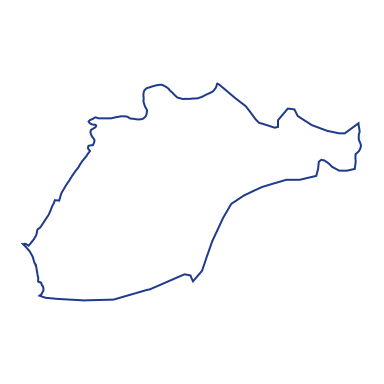 Bani Hushaysh, Sana'a, Yemen (Mercator projection)
{"feature_id": "15242507B83283859623898", "entity_name": "Bani Hushaysh", "entity_type": "district", "adm_level": 2, "iso_a3": "YEM", "parent_name": "Yemen", "parent_adm1": "Sana'a", "projection": "mercator", "projection_center": [44.331, 15.453], "detail": "fine", "context": "isolated", "style": "outline", "palette": "blue", "viewbox_px": 384, "rotation_deg": 0, "n_neighbors": 0, "source": "geoboundaries", "source_scale": "gbopen_adm2", "svg_char_len": 5637}
<svg xmlns="http://www.w3.org/2000/svg" viewBox="0 0 384 384"><path d="M39.5,295.7L45.6,297.8L52.4,298.4L55.9,298.8L71.4,299.7L75.3,299.9L83.6,300.4L113.5,299.6L128.4,295.3L147.3,289.8L149.1,289.6L151.8,288.5L159.7,285.1L166.8,282.0L175.5,278.2L184.5,274.3L190.4,275.4L190.7,276.0L191.5,278.1L193.0,281.3L194.6,279.5L202.1,270.7L203.9,265.3L205.3,261.2L206.6,257.2L207.9,253.6L209.8,248.2L212.3,241.1L218.6,227.6L223.1,217.9L229.0,207.8L231.3,203.8L233.8,202.2L244.1,195.4L246.9,194.1L253.7,190.8L257.3,189.2L262.0,187.0L274.6,183.2L275.1,183.1L286.2,179.8L298.5,179.8L299.6,179.8L304.8,178.6L306.3,178.2L316.3,175.9L317.5,171.1L318.1,168.8L318.8,161.8L321.3,159.8L322.7,160.1L322.9,160.1L324.5,160.5L329.0,163.7L332.2,166.9L335.2,168.5L338.7,170.4L339.2,170.7L346.9,170.7L354.8,168.9L354.8,168.5L355.7,161.7L355.4,157.4L355.6,154.1L357.1,152.8L358.9,151.2L360.4,148.4L361.0,145.4L360.2,142.8L359.2,140.8L358.7,138.5L358.7,137.0L358.9,134.2L359.6,132.1L359.4,129.4L358.6,125.2L358.5,123.3L344.8,133.3L339.0,133.3L327.5,130.9L324.4,129.8L311.8,125.1L304.0,120.1L298.0,116.2L297.7,116.0L294.4,109.4L290.6,108.9L287.8,108.6L278.0,120.2L278.0,123.6L278.0,126.9L274.7,127.7L267.7,125.4L267.3,125.2L265.1,124.6L262.3,123.7L260.4,123.2L259.0,122.8L255.7,119.4L254.3,117.6L251.5,113.7L248.9,110.2L245.7,106.2L244.5,105.2L239.2,101.2L236.1,98.8L235.0,97.9L230.7,94.3L224.0,88.6L219.3,84.7L217.3,83.6L217.0,84.1L216.7,85.1L216.5,86.1L216.1,87.0L215.7,88.0L214.7,89.2L214.1,90.0L213.5,90.9L212.7,91.5L211.5,92.2L210.6,92.6L209.3,93.3L208.4,93.7L206.9,94.3L205.6,94.9L204.4,95.6L203.6,96.0L202.7,96.5L201.7,97.0L200.4,97.4L199.4,97.7L198.4,98.1L197.4,98.4L196.2,98.4L195.2,98.5L194.4,98.5L194.1,98.5L193.0,98.5L192.0,98.6L190.9,98.8L189.9,98.8L188.7,98.9L186.6,98.9L185.6,98.9L184.6,98.9L183.7,99.0L182.5,98.9L181.4,98.7L180.5,98.4L180.3,98.3L179.6,98.1L178.6,98.0L177.7,97.6L177.1,97.3L176.9,97.1L176.4,96.7L176.1,96.4L175.2,95.6L174.4,94.8L173.8,94.2L173.7,94.1L172.9,93.2L172.0,92.3L171.8,92.2L171.2,91.7L170.3,90.8L169.5,90.0L168.8,89.0L168.7,89.0L167.9,88.2L167.0,87.5L166.0,86.8L165.2,86.4L164.3,85.9L163.3,85.4L162.4,85.0L161.5,84.8L160.5,84.8L159.5,84.8L158.2,85.0L157.1,85.2L156.1,85.4L155.0,85.7L154.0,86.0L153.0,86.2L151.6,86.7L150.4,87.0L149.2,87.5L148.3,87.7L147.4,87.9L146.5,88.3L145.7,89.0L145.0,89.8L144.9,89.9L144.4,90.5L143.9,91.5L143.7,92.6L143.5,93.7L143.4,94.7L143.4,95.8L143.6,96.8L143.6,97.9L143.6,98.9L143.6,99.8L143.5,100.8L143.5,101.4L143.5,101.7L143.8,102.8L144.0,103.2L144.1,103.6L144.1,103.8L144.4,104.7L144.7,105.7L145.1,106.7L145.7,107.7L146.1,108.6L146.7,109.4L147.0,110.3L147.0,111.4L146.7,112.7L146.6,113.8L146.3,114.9L145.8,116.1L145.1,117.0L144.2,117.8L143.2,118.5L142.3,119.0L141.3,119.2L140.4,119.3L139.2,119.4L138.2,119.4L137.2,119.4L135.9,119.2L134.8,119.0L133.7,118.8L132.8,118.8L131.7,118.6L130.7,118.6L129.6,118.2L128.8,117.6L127.9,117.0L127.0,116.6L126.0,116.5L125.0,116.3L121.3,116.3L120.3,116.4L119.3,116.6L118.4,116.8L117.2,117.0L115.8,117.2L114.4,117.6L113.4,117.8L112.3,118.0L111.4,118.3L110.5,118.3L109.5,118.3L108.4,118.3L107.4,118.3L106.3,118.3L98.3,118.3L97.4,118.0L96.5,117.6L95.6,117.4L94.7,117.6L94.4,117.8L93.6,118.4L93.2,118.6L92.7,118.9L92.1,119.1L91.8,119.3L90.9,119.7L90.0,120.1L89.2,120.8L88.6,121.5L88.8,121.8L89.2,122.5L89.9,123.2L90.7,123.7L91.4,124.2L92.5,124.5L93.6,124.7L94.5,124.7L95.6,124.9L96.2,125.7L95.8,126.7L95.2,127.4L94.4,127.9L93.4,128.5L92.6,129.0L91.5,129.6L90.8,130.2L90.6,131.3L90.5,132.2L90.6,133.3L91.0,134.2L91.4,135.2L91.8,136.1L92.4,136.9L92.9,137.7L93.6,138.5L94.1,139.4L94.5,140.3L94.4,141.4L94.1,142.3L93.7,143.3L93.3,144.2L92.9,145.2L90.9,145.3L88.6,145.8L88.2,146.5L88.0,147.6L88.2,148.8L90.0,150.9L90.0,151.0L89.4,151.8L88.7,152.8L88.0,153.6L87.4,154.5L86.6,155.9L85.8,156.8L85.6,157.0L85.0,157.8L84.3,158.6L83.8,159.3L83.1,160.1L82.1,161.4L81.6,162.2L80.9,163.2L80.3,164.0L79.8,164.9L79.3,165.7L78.7,166.9L78.1,167.8L77.5,168.5L77.4,168.7L76.9,169.3L76.7,169.4L72.7,175.0L72.0,176.0L71.6,176.8L71.0,177.7L70.5,178.5L69.9,179.4L69.5,180.3L68.6,181.5L68.0,182.3L67.4,183.2L66.7,184.3L66.2,185.1L65.6,186.0L64.8,187.3L64.3,188.2L64.3,188.3L63.5,189.6L63.0,190.4L62.4,191.4L61.9,192.3L61.2,193.7L60.9,194.6L60.9,194.8L60.6,195.6L60.4,196.5L60.1,197.5L59.8,198.5L59.4,199.8L59.2,200.6L58.4,200.5L55.8,200.3L54.8,200.2L54.4,201.5L54.0,202.9L53.9,203.0L53.6,203.7L53.4,204.0L52.8,205.0L52.6,205.4L52.4,205.8L51.9,207.0L51.6,207.8L50.7,210.0L50.4,210.7L50.4,210.9L49.9,211.9L49.3,213.4L49.0,214.1L48.5,215.0L48.1,215.7L47.4,216.6L47.3,216.8L47.1,217.1L46.3,218.3L45.7,219.2L45.2,220.0L44.8,220.5L44.1,221.7L43.6,222.4L43.0,223.3L42.5,224.1L42.4,224.3L41.9,225.0L41.6,225.4L40.6,226.9L40.3,227.4L40.2,227.5L39.7,227.9L39.6,228.0L38.8,228.5L38.6,228.7L38.0,229.1L37.9,229.1L37.5,229.6L37.3,230.1L37.1,231.1L37.1,231.4L37.0,231.7L37.0,232.3L36.9,232.7L36.7,233.3L36.4,234.5L36.2,235.0L36.1,235.3L36.0,235.5L35.7,236.2L35.5,236.5L34.6,237.9L34.5,238.2L34.1,238.8L34.0,239.1L33.9,239.2L32.6,240.8L32.2,241.3L31.8,241.9L31.7,241.9L30.6,243.3L29.9,244.2L29.1,245.1L28.6,245.7L28.2,245.4L27.7,245.1L27.1,244.7L26.7,244.4L26.3,244.2L26.0,244.1L25.9,244.1L25.0,243.8L24.5,243.8L24.3,243.8L23.4,244.1L23.0,244.1L23.2,244.3L25.9,247.0L29.6,251.2L32.6,256.5L34.4,262.6L34.5,262.9L35.1,263.7L35.2,263.8L35.3,264.1L35.5,265.1L35.9,265.0L37.7,275.8L37.7,276.0L38.1,276.9L38.2,277.3L38.2,277.7L38.2,278.0L38.2,278.8L38.1,281.5L38.7,281.9L39.4,282.0L39.7,282.2L40.4,282.3L40.5,282.7L41.1,282.7L41.2,282.8L41.8,285.0L42.0,285.3L42.4,285.9L42.7,285.9L43.0,286.9L43.4,288.0L43.4,290.7L43.2,291.0L41.2,294.6L40.2,295.1L39.5,295.7Z" fill="none" stroke="#1e3a8a" stroke-width="2"/></svg>